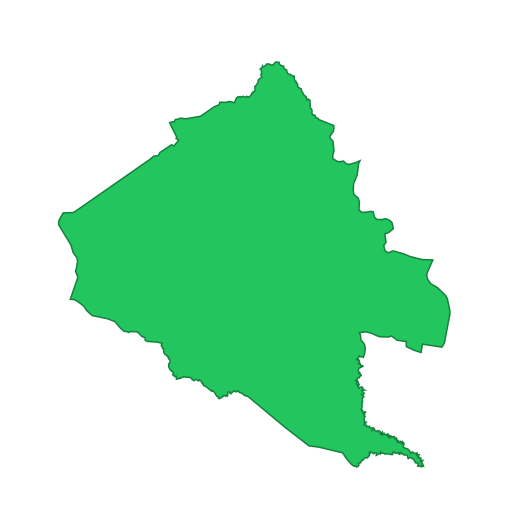 the district of Bua Yai, Nakhon Ratchasima, Thailand, rotated 8°
{"feature_id": "78962969B3783479012099", "entity_name": "Bua Yai", "entity_type": "district", "adm_level": 2, "iso_a3": "THA", "parent_name": "Thailand", "parent_adm1": "Nakhon Ratchasima", "projection": "albers", "projection_center": [102.418, 15.596], "detail": "fine", "context": "isolated", "style": "filled", "palette": "green", "viewbox_px": 512, "rotation_deg": 8, "n_neighbors": 0, "source": "geoboundaries", "source_scale": "gbopen_adm2", "svg_char_len": 6097}
<svg xmlns="http://www.w3.org/2000/svg" viewBox="0 0 512 512"><g transform="rotate(8 256 256)"><path d="M78.1,324.8L82.1,324.4L86.6,326.3L92.3,329.5L96.4,334.0L102.1,337.8L117.5,338.8L125.4,340.6L131.8,346.3L136.1,349.1L139.3,348.7L140.1,349.5L143.1,348.0L145.2,348.2L147.6,347.5L150.0,348.3L154.4,351.7L157.3,352.3L158.2,355.1L160.4,355.7L169.6,355.1L174.9,355.4L175.3,356.3L174.6,357.3L174.9,358.5L176.3,359.2L176.1,360.2L177.2,361.0L178.2,364.5L179.6,366.2L181.7,367.0L182.2,367.9L182.9,367.8L183.9,370.1L184.7,370.2L185.6,371.9L185.6,373.7L184.5,375.0L185.3,378.6L187.2,381.0L187.9,380.9L188.3,381.8L189.8,382.2L190.3,383.1L190.1,385.4L191.6,385.6L191.9,386.6L193.6,386.1L194.3,389.0L195.1,389.0L195.5,388.2L197.1,388.1L197.2,387.5L198.6,387.5L199.8,386.3L202.1,385.5L203.8,385.9L206.7,385.4L209.3,386.1L210.1,387.5L211.4,387.5L211.8,388.1L214.1,386.6L216.7,387.7L217.4,386.4L219.0,387.3L219.7,389.1L221.1,389.0L221.2,390.3L222.0,390.8L222.1,391.6L224.9,392.4L230.2,395.7L230.8,395.2L231.1,396.1L232.0,395.6L233.3,396.3L236.8,400.5L238.2,400.6L238.8,401.4L238.7,402.3L239.4,402.4L242.1,400.7L242.5,399.4L243.6,399.2L243.7,398.6L245.2,398.4L245.6,399.0L246.2,398.4L247.0,398.8L247.5,397.0L246.8,395.2L247.3,394.7L249.0,394.4L249.5,395.7L250.3,395.9L250.4,395.2L253.0,393.0L254.1,392.5L255.2,393.4L257.0,391.9L258.3,393.3L261.2,393.9L264.0,395.7L267.8,396.3L308.4,421.5L335.0,436.7L344.7,436.5L369.2,438.9L374.5,444.8L379.7,449.2L382.7,450.6L384.2,450.1L385.1,451.0L387.0,449.2L386.4,446.7L388.3,446.3L389.3,443.5L390.2,443.4L391.8,440.9L394.7,440.2L395.3,438.3L396.1,438.0L395.7,434.8L396.6,435.3L396.8,434.3L397.4,434.1L399.9,435.4L400.6,434.5L402.5,434.3L402.9,436.7L405.6,434.3L406.6,434.7L406.8,432.6L408.1,433.8L410.3,433.7L411.3,434.3L413.2,433.5L418.5,433.8L419.2,432.8L418.4,431.7L418.7,431.2L420.5,430.9L421.1,431.8L422.5,431.8L424.6,430.9L424.8,432.1L425.9,432.4L425.9,431.0L426.8,430.3L427.6,431.6L429.5,431.7L430.2,432.5L432.4,432.1L433.8,432.6L434.4,435.0L435.1,435.4L435.6,434.5L437.4,434.1L438.8,434.9L439.8,434.8L442.7,438.6L444.9,438.6L445.8,439.8L445.3,441.5L449.3,441.6L449.1,440.5L451.1,440.9L449.9,438.7L448.4,437.6L449.6,435.3L447.6,436.1L447.6,433.4L446.5,433.7L446.0,432.6L444.7,433.2L444.1,432.9L445.1,430.1L442.7,430.9L443.0,428.7L439.6,429.5L438.3,428.1L436.6,429.9L435.4,427.7L433.3,426.1L428.8,425.1L428.3,423.5L428.8,422.4L428.5,420.8L427.9,420.3L426.9,421.6L426.3,421.5L427.0,420.2L426.5,419.3L425.6,420.1L424.7,419.5L424.1,420.7L422.8,421.0L422.8,419.0L422.2,418.8L421.4,419.9L421.2,418.5L420.0,417.9L420.6,417.4L420.5,416.7L419.0,417.4L418.2,415.5L417.5,415.6L417.1,416.5L415.2,415.6L414.5,416.9L413.7,415.9L413.1,417.4L411.8,416.4L413.0,415.5L411.2,415.5L412.1,414.6L411.6,413.9L409.9,414.9L408.8,414.8L407.8,413.8L407.3,414.4L406.5,413.8L406.8,414.9L406.0,415.7L405.6,413.4L405.0,414.8L404.0,415.2L403.8,414.5L404.6,413.7L403.6,412.6L402.4,412.8L401.9,411.9L400.7,412.0L400.6,412.9L397.4,412.3L397.6,411.3L396.4,410.0L395.3,412.3L395.0,410.2L392.4,410.3L392.1,408.8L389.3,409.7L389.0,408.2L386.5,408.3L386.3,407.6L387.0,407.1L386.8,406.1L388.0,406.1L388.4,405.3L386.6,405.0L385.5,401.5L386.4,399.9L385.3,399.0L385.8,397.7L384.2,396.9L386.2,395.4L385.7,395.0L383.6,396.1L382.8,395.2L383.1,394.0L381.4,393.4L382.0,391.6L381.8,388.2L381.2,387.0L381.9,385.7L381.0,381.9L382.4,380.4L382.2,379.7L379.8,378.3L382.3,377.1L379.6,374.5L382.1,373.7L380.7,373.4L380.2,371.9L379.0,370.8L376.4,372.6L376.1,371.5L374.7,370.6L376.0,369.5L375.9,368.6L375.3,367.9L374.6,369.4L373.4,369.0L373.1,368.2L374.4,366.4L372.2,365.7L373.6,365.1L373.2,363.7L373.6,362.7L375.4,362.1L375.2,361.3L376.8,359.6L376.3,358.6L374.3,358.1L375.1,357.1L373.6,356.2L373.1,354.4L374.1,352.2L375.2,352.0L377.3,350.2L376.6,349.7L375.3,350.5L374.5,348.6L372.4,348.4L372.3,347.9L373.6,347.6L372.8,345.1L372.1,344.3L370.7,345.0L370.0,344.3L370.9,343.7L372.2,340.7L372.8,341.4L374.7,340.9L376.4,341.5L377.2,337.1L377.1,333.5L376.9,331.5L375.6,328.3L371.5,324.3L370.4,319.5L368.9,317.5L375.6,315.8L380.8,316.4L388.2,318.5L390.8,318.7L398.9,317.7L401.3,316.3L407.3,319.7L416.6,319.9L417.5,324.8L425.7,327.4L432.9,328.6L433.1,320.1L452.8,320.4L454.7,316.0L456.1,286.4L455.5,282.8L451.4,271.6L449.4,268.9L440.0,262.0L432.7,259.0L428.8,254.6L427.8,251.4L428.0,248.2L431.7,235.3L420.3,236.4L408.3,235.0L401.8,233.3L392.7,232.0L390.5,232.0L386.5,234.5L382.8,232.6L381.1,227.7L382.9,224.3L380.4,216.2L383.8,214.6L388.2,209.9L386.2,204.3L383.9,202.3L379.9,201.1L378.1,201.3L376.2,202.3L370.4,203.0L367.9,200.9L365.9,195.9L363.6,195.8L358.2,197.5L354.4,198.0L351.5,195.9L350.9,187.9L349.1,184.4L344.3,181.3L343.2,177.4L342.6,170.8L344.9,161.6L344.8,149.9L345.7,147.2L342.3,149.3L335.4,152.4L332.5,152.2L329.5,149.8L326.2,150.9L323.3,151.0L318.5,148.8L318.0,146.0L318.6,140.9L316.2,131.4L313.3,129.3L312.4,127.2L315.1,122.4L315.4,119.7L314.9,116.0L299.0,112.1L298.4,111.1L296.0,110.7L295.2,108.8L294.0,108.2L292.7,108.6L291.6,107.2L291.1,103.5L289.2,101.7L287.8,94.5L286.1,93.3L284.7,94.3L283.3,91.0L281.7,90.6L277.6,85.3L277.5,84.2L274.1,83.1L273.0,79.4L271.5,78.7L271.4,77.5L270.5,77.5L269.5,75.9L268.8,72.5L267.2,72.7L265.2,71.5L262.2,71.1L260.5,68.5L260.6,67.6L257.8,66.6L257.2,65.9L257.2,64.3L253.7,63.7L252.3,62.4L252.0,61.0L248.3,61.2L246.4,64.3L243.9,64.8L243.0,64.2L240.3,64.1L238.0,67.1L236.6,67.6L236.0,66.8L235.8,68.3L234.1,70.4L235.5,71.3L236.1,74.8L235.6,76.1L236.8,78.1L233.7,81.4L233.8,84.0L232.0,87.7L231.2,88.3L231.9,91.0L231.8,93.2L230.1,94.0L229.9,95.1L229.1,95.5L229.4,96.1L227.1,99.6L224.5,99.2L224.0,100.3L220.8,99.7L219.6,100.6L218.1,100.3L217.1,101.0L215.9,100.8L214.3,103.1L213.4,107.2L208.4,106.6L204.4,108.1L198.9,108.7L198.3,111.4L193.5,114.3L181.7,125.3L167.3,129.9L161.9,130.0L160.4,131.1L157.3,132.0L156.1,134.6L154.8,134.6L151.9,136.0L160.9,149.3L160.5,150.8L163.4,152.0L159.7,158.0L159.2,158.6L157.0,157.5L146.4,166.9L145.2,170.3L140.9,171.3L137.6,175.0L70.0,237.7L68.5,238.5L59.1,240.1L56.1,247.5L55.9,250.6L56.4,252.8L71.1,270.7L74.5,278.1L79.1,282.9L80.0,286.0L79.9,292.8L79.3,296.0L82.3,301.2L82.4,302.6L78.1,324.8Z" fill="#22c55e" stroke="#15803d" stroke-width="1.5"/></g></svg>